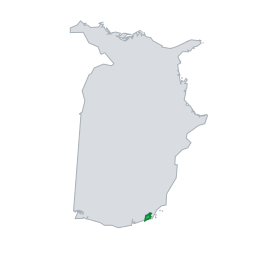 San Luis Obispo, California, United States of America (highlighted), rotated 281°
{"feature_id": "52423323B67227670427960", "entity_name": "San Luis Obispo", "entity_type": "district", "adm_level": 2, "iso_a3": "USA", "parent_name": "United States of America", "parent_adm1": "California", "projection": "orthographic", "projection_center": [-120.239, 35.346], "detail": "fine", "context": "in_parent", "style": "filled", "palette": "green", "viewbox_px": 256, "rotation_deg": 281, "n_neighbors": 0, "source": "geoboundaries", "source_scale": "gbopen_adm2", "svg_char_len": 4638}
<svg xmlns="http://www.w3.org/2000/svg" viewBox="0 0 256 256"><g transform="rotate(281 128 128)"><path d="M204.1,73.4L213.4,65.8L210.6,53.1L215.2,52.3L219.4,58.4L224.1,61.0L221.6,65.1L222.2,66.4L220.7,65.4L221.4,68.5L219.6,72.2L221.4,79.8L224.6,81.4L225.6,80.3L224.6,79.3L225.2,79.6L226.1,80.9L223.4,84.0L222.0,83.0L222.7,85.2L219.1,88.1L217.5,92.5L217.1,90.9L216.3,90.1L217.3,94.1L218.5,94.2L219.7,97.4L219.6,102.5L216.2,101.3L216.3,98.2L215.6,100.7L217.5,103.1L219.2,104.1L220.2,105.7L220.5,113.6L219.5,109.1L215.6,106.6L215.1,101.8L213.5,104.2L217.0,109.7L214.1,109.0L213.5,109.6L213.3,107.4L213.0,106.9L213.0,108.7L213.5,109.9L217.7,110.5L217.5,111.9L215.1,110.6L214.4,110.6L217.4,112.1L218.4,112.1L218.6,113.9L217.1,113.3L219.6,114.7L219.4,115.2L218.1,114.4L215.9,115.0L219.3,115.8L220.8,114.9L224.8,119.4L221.6,116.0L223.2,118.5L220.1,119.5L223.3,121.1L224.0,119.7L223.8,122.9L220.6,123.6L222.9,123.9L221.9,126.0L224.1,125.9L221.1,128.2L221.0,133.1L218.4,135.8L215.1,146.1L214.0,145.7L214.0,153.5L214.4,155.3L217.1,160.0L226.6,173.1L227.3,181.9L225.1,183.6L221.5,180.3L220.0,176.9L215.3,174.3L215.9,171.9L214.3,172.7L213.4,167.1L207.7,163.4L201.8,167.3L199.7,164.6L193.4,166.8L193.8,165.3L193.1,166.9L190.3,168.6L189.6,166.1L189.6,168.0L180.8,171.6L184.9,171.5L184.2,174.2L187.7,175.4L186.5,177.1L182.5,175.3L182.9,177.6L178.1,178.1L174.9,176.0L173.7,178.0L166.5,177.7L163.3,182.0L164.1,180.9L161.7,180.6L161.5,184.8L157.8,188.5L158.6,187.5L155.8,187.8L157.0,188.9L154.1,191.3L153.6,196.0L152.0,195.7L153.5,196.5L154.5,200.5L156.2,202.6L155.4,203.7L146.9,202.5L144.1,197.0L133.6,187.0L129.1,187.2L125.7,192.6L120.0,190.4L116.9,185.3L109.1,179.9L101.0,180.9L101.3,183.4L88.2,184.8L70.7,178.5L59.7,180.0L58.0,175.8L53.2,172.0L43.4,168.9L43.4,166.0L35.4,152.6L35.7,151.2L37.3,153.0L36.3,150.0L39.7,149.8L33.3,150.1L28.2,137.5L29.5,130.9L28.0,123.5L29.8,118.8L31.0,105.1L33.9,105.6L30.7,104.8L31.8,101.1L30.7,101.1L29.0,93.4L36.0,94.9L34.5,98.9L36.8,96.1L36.6,99.5L34.9,100.3L36.1,100.5L37.4,99.1L37.9,95.7L36.1,90.4L132.8,79.2L132.2,77.3L135.0,80.0L146.4,80.5L155.8,75.9L172.8,79.6L174.4,81.6L180.5,83.4L186.0,91.6L186.0,100.2L188.5,101.9L197.4,90.8L195.3,87.8L196.0,86.7L201.9,83.3L204.1,73.4ZM221.1,88.8L222.6,87.4L217.7,93.2L221.3,87.6L221.1,88.8ZM36.6,93.6L37.5,95.8L37.4,96.1L36.1,94.5L36.6,93.6ZM156.0,201.9L154.3,198.7L154.0,196.7L154.5,198.7L156.0,201.9ZM222.2,65.1L222.7,66.0L222.4,66.0L222.2,65.1ZM175.2,177.0L175.6,177.8L174.7,177.4L175.2,177.0ZM47.2,172.3L48.3,171.8L48.4,172.0L47.2,172.3ZM46.0,172.0L45.6,172.6L45.2,172.1L46.0,172.0ZM225.0,83.2L224.9,84.1L224.7,84.0L225.0,83.2ZM154.3,194.7L154.0,196.4L154.8,193.0L154.3,194.7ZM223.7,168.7L225.5,171.3L223.4,168.5L223.7,168.7ZM53.0,174.9L53.5,175.8L52.9,175.0L53.0,174.9ZM227.9,182.2L227.4,183.5L228.0,180.9L227.9,182.2ZM225.9,121.1L225.6,122.7L225.0,119.6L225.9,121.1ZM35.6,91.9L35.6,92.5L35.2,92.2L35.6,91.9ZM157.2,189.5L155.8,190.6L157.2,189.2L157.2,189.5ZM226.7,82.4L227.0,83.1L226.5,83.3L226.7,82.4ZM53.0,177.4L53.4,178.4L52.9,177.5L53.0,177.4ZM155.5,191.3L155.0,191.8L155.4,191.1L155.5,191.3ZM220.5,107.1L220.5,109.0L220.4,106.4L220.5,107.1ZM162.9,182.8L162.1,183.7L163.3,182.3L162.9,182.8ZM214.4,154.3L214.7,155.6L214.3,154.8L214.4,154.3ZM224.4,126.0L224.3,126.4L224.6,125.0L224.4,126.0ZM204.0,166.1L203.1,167.2L202.7,167.3L204.0,166.1ZM189.8,168.5L189.7,168.8L189.1,169.0L189.8,168.5ZM218.9,177.5L219.3,178.4L218.7,177.5L218.9,177.5ZM187.5,171.3L187.5,172.2L187.1,170.7L187.5,171.3ZM226.2,185.4L225.6,185.8L226.3,185.2L226.2,185.4ZM219.8,98.0L219.9,98.9L219.7,97.6L219.8,98.0ZM225.2,123.2L225.0,123.7L224.9,123.7L225.2,123.2Z" fill="#d9dde1" stroke="#a8b0b8" stroke-width="1"/><path d="M40.3,162.3L40.5,162.5L40.5,162.8L40.7,163.0L40.8,163.0L41.0,163.1L41.2,163.3L41.3,163.3L41.4,163.6L41.6,163.8L41.8,164.0L42.0,164.1L42.3,164.2L42.4,164.3L42.5,164.4L42.5,164.5L42.5,164.8L42.4,165.0L42.3,165.3L42.5,165.5L42.8,165.7L42.9,165.8L43.0,165.8L42.9,165.7L43.0,165.7L43.3,165.8L43.5,165.9L43.5,166.0L43.5,166.3L43.5,166.5L43.4,166.8L43.5,166.8L43.8,166.8L43.9,166.7L44.1,166.7L44.3,166.7L44.5,166.8L44.8,167.0L45.0,167.2L45.0,166.9L44.9,166.8L44.9,166.7L45.0,166.6L45.3,166.5L45.5,166.5L45.5,166.4L45.6,166.2L45.8,166.1L46.0,166.0L46.3,166.2L46.3,166.3L46.5,166.3L46.8,166.4L46.7,166.4L46.8,166.4L47.0,166.5L47.3,166.7L47.5,166.8L47.8,166.8L48.0,166.9L48.2,167.0L48.3,167.1L48.6,167.2L48.7,166.2L48.3,166.2L48.4,165.6L47.8,165.7L47.8,165.2L47.2,165.2L47.2,164.7L46.9,164.7L46.9,164.2L46.7,164.2L46.4,164.2L46.2,164.0L46.2,163.9L46.0,163.3L45.5,163.3L45.5,162.3L45.4,162.3L45.2,162.3L43.0,162.3L40.3,162.3Z" fill="#22c55e" stroke="#15803d" stroke-width="1.5"/></g></svg>